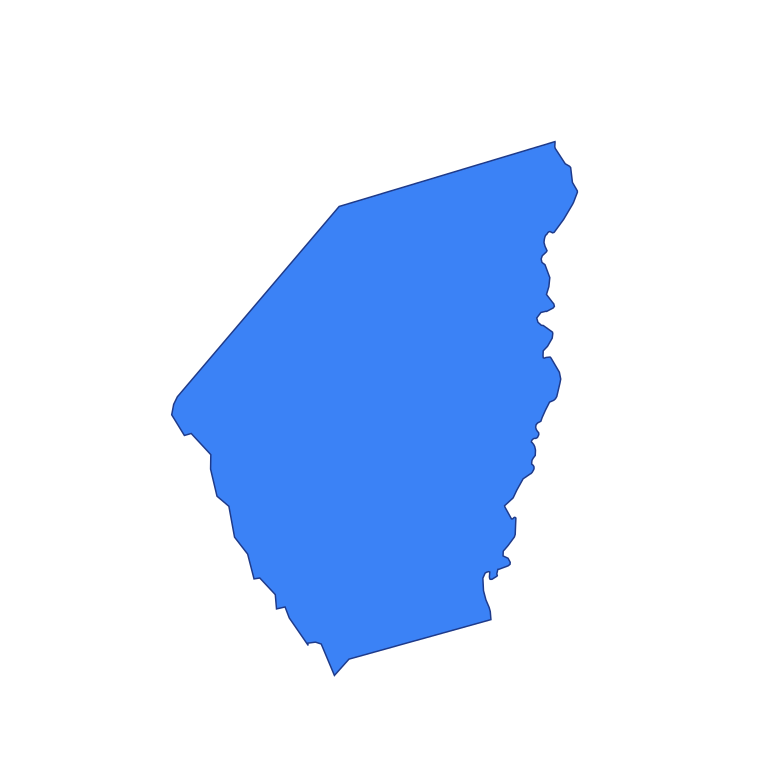 Screven, Georgia, United States of America, rotated 22°
{"feature_id": "52423323B53082153991238", "entity_name": "Screven", "entity_type": "district", "adm_level": 2, "iso_a3": "USA", "parent_name": "United States of America", "parent_adm1": "Georgia", "projection": "equal_earth", "projection_center": [-81.483, 32.767], "detail": "fine", "context": "isolated", "style": "filled", "palette": "blue", "viewbox_px": 768, "rotation_deg": 22, "n_neighbors": 0, "source": "geoboundaries", "source_scale": "gbopen_adm2", "svg_char_len": 2232}
<svg xmlns="http://www.w3.org/2000/svg" viewBox="0 0 768 768"><g transform="rotate(22 384 384)"><path d="M218.2,506.5L223.8,502.1L249.9,514.4L255.1,527.9L271.2,550.6L286.0,555.5L302.8,582.0L321.3,592.8L336.5,613.4L341.5,610.4L362.1,620.0L368.6,632.8L375.8,627.8L383.8,636.4L411.7,654.8L410.1,653.0L417.2,649.0L423.2,648.6L447.2,672.8L454.6,652.2L571.4,562.4L567.8,555.2L565.2,551.8L559.3,545.9L553.7,538.4L548.4,527.0L548.6,521.5L549.7,520.0L551.4,518.7L552.5,518.7L554.0,523.4L555.0,525.0L555.7,525.3L557.3,524.6L560.7,519.9L560.8,519.1L559.7,517.8L559.0,513.2L560.2,512.5L567.2,506.1L568.4,504.0L567.8,502.0L564.3,499.1L558.8,498.8L557.3,494.7L557.3,493.6L557.8,492.6L559.6,487.1L562.2,477.0L562.0,474.3L556.5,458.9L555.6,458.6L555.2,458.6L554.6,459.1L554.2,459.9L553.9,460.8L552.7,461.3L542.1,452.7L541.4,451.7L546.4,441.2L546.9,432.6L548.5,419.8L553.0,413.0L553.9,411.9L554.5,410.3L554.7,408.7L554.9,407.2L554.7,405.9L554.0,404.5L552.9,403.6L550.9,402.9L550.3,401.2L549.8,399.3L550.1,396.9L551.0,393.6L550.1,391.0L549.2,388.5L547.2,385.6L545.4,384.0L543.4,382.9L542.5,382.7L542.2,381.9L542.2,380.6L542.6,379.7L542.9,379.0L543.6,378.2L545.2,377.5L546.3,376.1L546.4,374.8L546.5,373.7L546.4,372.6L545.6,371.2L544.0,370.4L542.2,369.1L540.8,367.3L540.3,364.8L541.0,362.6L543.4,359.8L543.2,355.8L543.5,347.8L544.3,338.8L547.5,335.5L548.5,333.5L548.9,330.9L546.8,317.3L546.0,313.2L542.2,307.4L529.6,297.7L528.9,297.2L527.9,296.8L524.3,298.7L522.9,300.0L521.8,300.0L520.8,298.1L519.2,293.6L521.5,287.8L522.8,278.5L521.6,274.0L520.8,272.8L509.8,270.1L507.9,270.6L503.6,269.1L500.9,265.6L502.7,258.9L506.9,255.9L507.6,255.8L512.4,250.1L512.9,248.2L511.4,246.1L509.0,244.8L501.1,240.1L500.4,232.0L497.9,223.3L488.6,213.1L484.9,212.1L482.9,209.2L482.7,205.8L485.1,200.6L485.2,199.3L481.7,196.0L479.3,192.8L478.5,189.9L478.2,188.1L478.1,186.6L478.2,185.4L478.8,184.5L479.0,183.4L479.2,182.3L479.8,181.2L480.7,180.5L482.2,180.6L483.7,180.7L484.9,179.7L485.2,178.7L488.9,164.0L491.5,146.9L491.7,144.4L491.5,133.8L490.9,132.5L483.2,126.5L476.0,113.4L474.5,112.6L469.5,111.9L454.6,101.5L453.5,100.1L452.0,95.7L451.7,95.2L275.9,236.2L197.2,473.2L196.6,481.6L198.7,492.1L218.2,506.5Z" fill="#3b82f6" stroke="#1e3a8a" stroke-width="1.5"/></g></svg>